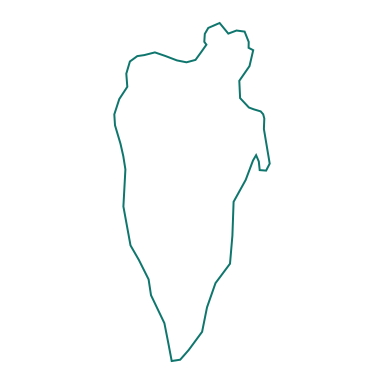 the district of Nynäshamn, Stockholm, Sweden
{"feature_id": "70781695B48387323711272", "entity_name": "Nynäshamn", "entity_type": "district", "adm_level": 2, "iso_a3": "SWE", "parent_name": "Sweden", "parent_adm1": "Stockholm", "projection": "orthographic", "projection_center": [17.89, 58.97], "detail": "fine", "context": "isolated", "style": "outline", "palette": "teal", "viewbox_px": 384, "rotation_deg": 0, "n_neighbors": 0, "source": "geoboundaries", "source_scale": "gbopen_adm2", "svg_char_len": 843}
<svg xmlns="http://www.w3.org/2000/svg" viewBox="0 0 384 384"><path d="M219.6,23.0L208.3,27.9L204.8,33.9L204.3,41.8L206.4,44.7L201.1,52.2L195.5,59.9L186.5,62.3L176.9,60.4L165.4,56.0L154.9,52.4L144.2,55.1L137.3,56.1L129.9,61.5L126.3,73.7L127.3,86.8L119.3,99.0L114.3,114.4L115.0,125.3L120.5,143.8L123.3,156.2L125.4,169.4L123.4,206.5L130.5,245.4L138.9,260.0L148.6,279.4L151.0,295.2L164.4,323.2L168.0,341.5L171.7,361.0L180.2,359.7L188.7,350.0L202.1,331.8L207.0,307.4L215.5,283.1L230.0,263.7L232.4,235.7L233.6,201.8L245.7,179.9L253.0,160.5L256.1,155.2L258.8,161.5L259.7,170.1L266.1,170.6L269.7,163.6L263.9,129.0L264.3,118.5L263.2,114.3L260.7,111.4L253.7,109.3L248.9,107.5L240.1,98.1L239.3,80.8L249.5,66.1L253.2,50.2L248.6,47.8L248.7,41.9L244.6,31.6L237.1,30.6L236.6,30.5L228.3,33.6L219.6,23.0Z" fill="none" stroke="#0f766e" stroke-width="2"/></svg>